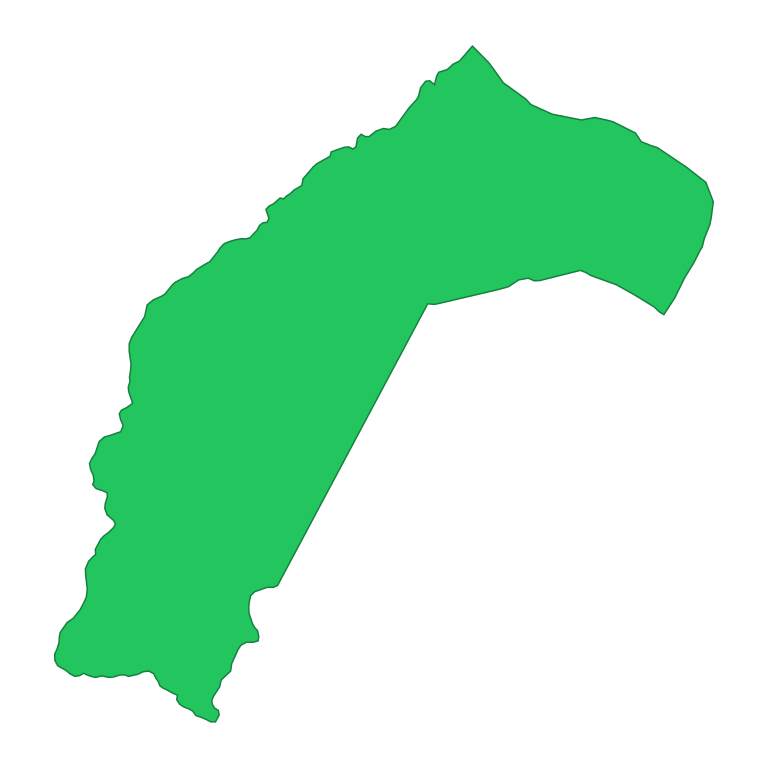 the district of Brejo Grande do Araguaia, Pará, Brazil
{"feature_id": "56859067B66986950411555", "entity_name": "Brejo Grande do Araguaia", "entity_type": "district", "adm_level": 2, "iso_a3": "BRA", "parent_name": "Brazil", "parent_adm1": "Pará", "projection": "mercator", "projection_center": [-48.48, -5.764], "detail": "fine", "context": "isolated", "style": "filled", "palette": "green", "viewbox_px": 768, "rotation_deg": 0, "n_neighbors": 0, "source": "geoboundaries", "source_scale": "gbopen_adm2", "svg_char_len": 2933}
<svg xmlns="http://www.w3.org/2000/svg" viewBox="0 0 768 768"><path d="M663.9,314.6L674.7,298.0L684.6,277.9L693.7,263.0L700.2,250.3L702.2,247.1L704.3,238.5L705.9,234.5L709.8,224.8L711.2,217.9L713.3,201.8L705.9,182.4L686.6,167.3L657.5,147.7L651.1,145.6L641.3,141.8L635.4,133.0L613.1,121.8L608.0,120.4L594.8,117.5L581.5,120.0L552.2,114.2L530.8,104.5L525.7,99.0L503.3,82.8L495.2,71.4L488.8,62.7L480.4,54.2L472.4,46.1L469.3,49.7L459.5,61.1L452.9,64.3L447.2,69.6L438.8,72.2L436.7,76.0L434.5,84.6L429.7,80.8L425.7,81.2L420.5,87.9L418.6,96.1L416.6,99.6L409.0,107.9L395.7,126.3L389.4,129.4L383.4,128.5L376.0,131.1L369.0,136.6L365.3,136.6L361.1,134.3L357.6,137.9L356.0,146.9L352.8,149.0L348.8,146.9L344.2,147.3L331.3,151.8L330.1,156.3L317.0,163.6L313.2,166.9L310.6,170.0L303.0,178.9L301.8,185.5L294.2,189.9L290.3,193.6L286.4,196.1L283.9,198.8L280.0,198.1L273.7,203.7L269.0,206.2L265.9,209.5L269.0,218.5L267.1,222.2L262.6,223.0L259.6,225.4L257.1,230.1L250.1,237.7L245.8,238.9L241.4,238.7L235.8,239.7L230.2,241.3L224.3,243.6L220.1,247.9L217.5,252.0L209.6,261.9L205.2,264.2L196.6,269.5L192.5,273.6L188.2,276.8L182.4,278.5L175.0,282.4L172.1,285.2L165.0,294.0L161.6,296.2L153.3,299.9L147.2,304.8L144.7,316.5L131.5,337.7L129.2,343.7L129.2,351.2L131.0,364.1L130.6,370.0L129.5,377.2L130.0,381.5L128.3,386.8L128.6,391.3L132.6,403.3L126.7,407.6L121.4,410.2L119.3,413.7L120.5,419.2L123.2,425.7L120.7,431.7L109.5,435.6L104.3,437.0L99.2,441.5L95.1,453.8L91.8,458.6L89.5,463.5L90.6,469.4L93.3,475.3L94.0,481.2L92.7,484.7L96.2,488.6L102.9,490.8L107.0,492.7L107.4,496.5L105.2,503.9L104.8,508.4L107.0,514.7L113.3,520.2L115.4,523.6L113.8,527.3L108.4,532.6L103.9,535.9L100.8,539.1L95.3,549.4L95.6,554.5L92.8,556.9L88.7,561.2L85.4,568.9L85.7,575.4L87.3,589.2L86.3,597.2L83.4,603.6L80.0,609.9L73.3,618.3L67.2,622.4L60.2,632.5L59.4,636.8L59.0,642.7L57.0,649.2L54.7,654.0L54.9,660.5L57.8,665.8L61.6,668.0L65.4,670.0L69.9,673.7L74.6,676.3L79.5,675.7L83.6,673.3L87.3,675.0L90.8,676.3L95.3,677.4L101.9,675.9L108.8,677.4L113.4,677.0L120.0,675.0L124.8,674.9L128.6,676.4L137.5,674.4L143.3,671.7L148.9,671.1L153.8,673.7L155.9,678.2L158.4,681.8L159.9,685.8L162.8,688.0L166.4,689.6L169.9,691.6L173.0,693.3L177.5,695.2L176.7,699.7L179.7,704.3L183.9,707.0L189.0,709.0L192.7,711.1L195.8,715.5L202.0,717.6L206.5,719.6L210.6,721.8L215.5,721.9L219.2,714.9L218.3,710.4L214.6,708.1L212.4,704.5L211.8,700.4L213.2,696.8L216.1,692.3L219.7,686.8L221.2,680.0L230.6,671.1L231.7,663.7L238.0,649.7L240.7,645.4L246.4,642.2L253.4,642.2L258.1,640.9L258.8,636.4L257.5,630.7L254.4,627.2L252.4,623.4L249.1,613.5L248.7,607.6L249.3,601.9L250.6,595.7L254.7,591.7L267.3,587.3L273.5,587.3L277.6,585.4L283.5,574.3L316.3,512.8L427.7,303.8L434.4,304.4L438.8,303.5L496.8,289.9L508.5,286.7L518.7,279.9L528.2,278.2L534.3,280.8L540.0,280.5L580.3,270.4L585.6,272.4L591.1,275.6L616.5,284.8L631.5,293.2L635.9,295.7L654.1,306.9L659.4,311.9L663.9,314.6Z" fill="#22c55e" stroke="#15803d" stroke-width="1.5"/></svg>